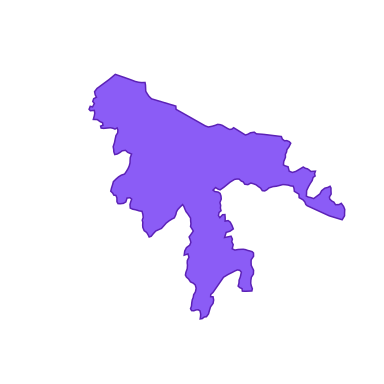 Laje, Bahia, Brazil (Equal Earth projection), rotated 36°
{"feature_id": "56859067B62767322131452", "entity_name": "Laje", "entity_type": "district", "adm_level": 2, "iso_a3": "BRA", "parent_name": "Brazil", "parent_adm1": "Bahia", "projection": "equal_earth", "projection_center": [-39.307, -13.182], "detail": "fine", "context": "isolated", "style": "filled", "palette": "violet", "viewbox_px": 384, "rotation_deg": 36, "n_neighbors": 0, "source": "geoboundaries", "source_scale": "gbopen_adm2", "svg_char_len": 4475}
<svg xmlns="http://www.w3.org/2000/svg" viewBox="0 0 384 384"><g transform="rotate(36 192 192)"><path d="M54.3,164.0L54.2,168.1L56.6,170.3L59.0,171.5L57.6,174.3L58.5,177.1L61.0,177.8L61.5,181.6L59.3,182.5L60.1,185.6L62.0,186.0L65.0,183.4L67.0,185.4L68.1,187.6L69.5,191.3L72.8,189.1L76.5,189.1L78.9,188.5L80.7,190.3L79.3,192.4L80.9,193.7L83.1,192.5L85.8,190.1L88.3,187.9L90.6,186.9L92.7,186.4L93.8,184.2L95.6,185.4L97.1,187.8L97.3,191.0L98.6,194.0L100.3,197.7L101.6,201.7L103.7,203.7L105.1,205.4L107.5,207.1L109.2,205.2L110.4,202.6L111.3,199.7L113.7,197.4L116.7,197.7L120.8,196.8L121.8,200.4L123.0,202.3L124.8,205.0L125.9,207.8L126.5,210.6L126.8,213.8L126.9,217.1L124.9,219.9L123.7,222.9L123.0,225.8L122.3,229.8L123.5,232.9L124.5,236.0L125.8,239.1L128.5,239.5L130.6,240.5L132.4,239.5L134.7,240.9L137.0,244.0L139.0,244.9L140.7,243.8L143.2,241.5L144.3,238.9L143.0,235.1L145.2,233.1L147.4,233.2L148.3,236.3L149.2,238.6L151.5,241.3L154.1,240.8L156.9,239.5L160.4,238.3L162.9,237.0L165.4,239.0L167.5,241.3L168.3,244.1L170.0,245.4L171.6,247.9L173.1,249.6L176.0,251.4L179.1,251.4L181.8,252.5L183.8,253.6L185.0,251.8L185.2,248.4L185.6,244.9L186.8,242.7L188.7,239.4L189.1,235.5L189.4,232.3L190.4,228.8L191.7,225.6L192.9,223.3L192.2,219.8L191.1,217.2L190.8,214.6L191.1,211.9L191.8,207.7L194.0,208.5L195.8,209.7L198.7,211.4L201.5,212.2L203.9,213.1L206.1,213.9L208.0,216.3L209.9,218.4L211.1,220.8L213.6,221.8L216.0,222.8L216.1,226.6L216.1,230.1L218.6,231.7L220.7,233.4L221.4,236.4L220.2,240.2L220.8,244.0L222.8,247.7L225.1,244.5L227.9,246.6L228.5,250.2L229.8,252.2L231.3,253.8L233.2,256.8L234.3,260.6L235.5,263.1L237.5,264.1L240.4,264.4L243.6,265.6L246.7,265.0L249.3,265.3L251.9,267.4L253.5,270.9L253.7,274.1L255.0,276.7L255.6,279.1L256.9,281.7L258.7,284.7L259.4,287.3L261.4,288.2L263.3,287.0L264.6,285.0L266.3,283.6L268.4,283.5L270.8,285.7L272.1,287.7L273.2,289.9L274.7,288.4L275.4,285.9L277.0,284.4L277.0,280.9L275.6,277.2L274.5,274.0L274.5,269.7L273.0,266.6L270.6,264.4L268.6,265.8L267.4,263.9L268.0,260.8L267.6,242.4L269.7,237.4L271.8,233.4L273.1,230.7L274.5,228.4L276.6,227.3L279.1,227.9L281.0,232.3L281.9,235.6L283.6,238.2L284.6,241.0L286.8,241.3L289.3,240.8L291.0,242.6L293.6,240.9L296.1,238.9L298.6,236.9L297.7,234.8L295.2,233.1L293.2,231.4L291.5,228.8L290.1,226.0L289.9,222.3L287.8,219.1L285.5,217.9L283.0,216.5L281.0,214.0L279.7,212.0L279.6,207.8L277.6,205.2L275.7,204.9L273.4,205.7L271.5,206.5L269.1,207.2L267.1,208.2L265.2,209.7L263.1,211.4L260.8,213.8L257.9,214.3L256.3,210.4L253.4,208.9L252.4,206.4L249.6,204.8L247.3,207.3L245.1,209.7L244.2,207.0L243.4,204.6L245.8,201.4L247.1,197.6L243.9,195.5L240.6,193.9L238.0,193.9L235.9,196.1L234.2,193.6L231.9,190.9L230.1,192.4L229.6,196.4L227.2,195.5L225.9,192.6L226.5,190.1L224.4,188.3L223.0,185.9L220.8,184.2L219.8,180.5L217.8,178.2L215.5,176.6L213.1,176.7L210.3,178.2L207.9,178.1L208.5,174.5L211.2,174.4L213.5,173.7L214.9,169.7L217.1,161.4L219.0,156.8L220.7,155.1L222.5,153.9L225.5,154.2L227.5,153.7L230.1,154.7L232.9,153.2L234.3,150.2L236.6,149.3L239.6,148.5L242.7,148.6L245.1,148.5L248.1,149.6L250.2,148.4L251.2,146.3L251.9,143.4L254.3,140.1L256.9,137.7L259.1,135.1L261.1,132.6L263.3,131.2L265.9,129.8L268.2,129.1L270.5,127.8L272.5,129.2L274.4,131.3L277.1,131.1L279.8,130.9L282.0,133.6L284.4,133.3L286.6,133.1L289.3,133.8L291.4,135.2L293.3,135.4L317.1,130.6L329.8,126.2L329.4,121.6L327.7,119.2L325.8,116.3L323.1,114.6L319.4,113.4L318.3,115.8L315.6,117.9L312.7,116.8L310.5,117.1L307.7,116.8L306.1,115.3L305.8,111.9L303.7,109.3L302.1,107.1L300.3,106.2L299.3,108.3L297.2,110.8L296.1,114.7L296.6,118.4L295.5,121.9L294.3,125.8L291.1,126.8L289.2,127.7L286.9,128.1L285.7,126.1L283.9,123.5L283.1,119.3L282.7,115.8L282.5,112.1L281.4,109.0L282.2,106.7L280.4,105.2L279.6,102.6L276.1,105.5L273.6,105.3L271.7,105.4L269.8,106.2L267.3,106.4L265.9,109.7L263.9,114.3L261.7,117.2L258.4,118.0L256.8,116.7L254.9,115.1L252.0,116.1L250.0,116.3L248.3,113.4L247.2,109.0L245.4,106.6L245.0,104.1L243.9,102.0L243.9,98.5L243.2,94.5L241.0,94.1L238.5,94.7L236.7,96.2L234.0,96.1L231.7,94.6L216.9,102.8L214.7,104.1L209.9,107.1L207.2,107.0L204.5,109.7L203.2,112.5L201.7,114.5L187.9,115.5L187.2,117.9L185.6,119.3L183.6,119.7L177.2,120.3L175.1,121.0L173.0,122.2L171.6,124.4L169.7,126.9L167.0,129.8L163.9,130.7L130.5,134.5L128.4,132.0L104.5,140.4L101.0,139.9L98.2,138.9L95.4,137.7L93.4,135.2L91.5,132.8L89.6,131.0L86.9,133.1L84.3,134.6L81.2,135.9L77.1,137.0L72.3,138.4L60.8,141.9L58.8,149.8L54.3,164.0Z" fill="#8b5cf6" stroke="#5b21b6" stroke-width="1.5"/></g></svg>